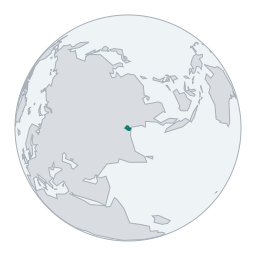 Dhaka highlighted on a globe, orthographic projection, rotated 292°
{"feature_id": "BGD-1806", "entity_name": "Dhaka", "entity_type": "Division", "adm_level": 1, "iso_a3": "BGD", "parent_name": "Bangladesh", "parent_adm1": "", "projection": "orthographic", "projection_center": [90.348, 24.137], "detail": "fine", "context": "on_globe", "style": "filled", "palette": "teal", "viewbox_px": 256, "rotation_deg": 292, "n_neighbors": 0, "source": "natural_earth", "source_scale": "10m", "svg_char_len": 11287}
<svg xmlns="http://www.w3.org/2000/svg" viewBox="0 0 256 256"><g transform="rotate(292 128 128)"><circle cx="128" cy="128" r="113" fill="#eef3f6" stroke="#a8b0b8"/><path d="M169.7,23.4L174.2,26.1L179.0,28.7L175.3,27.1L186.7,33.5L191.4,37.5L184.0,32.0L181.7,30.8L183.8,32.9L181.8,32.2L181.7,32.9L179.2,32.0L175.1,29.2L173.4,28.7L175.0,30.2L173.5,30.5L171.4,28.3L168.5,28.7L161.1,24.8L157.6,20.8L151.4,19.1L142.3,16.4L141.0,16.4L136.8,15.8L133.7,15.7L132.9,15.5L131.2,15.6L132.6,15.8L132.3,15.9L130.6,16.0L129.2,15.7L129.9,15.6L128.6,15.6L127.7,15.6L126.2,15.4L125.2,15.7L122.0,15.7L121.7,15.6L125.0,15.4L125.9,15.4L134.9,15.6L143.8,16.5L152.6,18.1L161.3,20.4L169.7,23.4ZM182.9,30.9L181.5,29.8L183.5,31.1L182.9,30.9ZM182.2,33.2L183.2,33.8L182.7,34.0L182.2,33.2ZM178.4,32.8L177.3,33.0L177.7,32.2L178.4,32.8ZM176.2,32.8L173.6,33.7L175.6,35.0L168.4,32.2L173.0,32.1L173.2,30.9L174.5,32.1L176.2,32.8ZM133.7,15.8L132.2,15.6L135.0,15.8L133.7,15.8ZM135.6,16.0L144.5,16.9L145.9,17.5L142.6,16.9L145.7,17.8L141.9,17.6L139.4,17.1L139.3,16.7L138.0,16.9L135.6,16.0ZM164.9,30.6L163.6,30.5L164.1,30.1L164.9,30.6ZM132.4,16.0L134.0,16.1L135.4,16.5L132.2,16.5L132.8,16.4L132.4,16.0ZM148.3,18.3L148.7,18.8L145.8,18.7L145.6,18.9L142.0,17.7L148.3,18.3ZM131.7,16.3L130.6,16.6L128.5,16.5L130.8,16.1L131.7,16.3ZM137.0,16.7L137.5,16.9L136.2,16.8L137.0,16.7ZM120.3,16.6L122.3,16.4L123.2,16.6L120.3,16.6ZM130.4,16.7L131.1,16.8L131.7,16.9L130.5,17.0L130.4,16.7ZM140.2,17.8L138.9,17.7L141.5,18.2L139.4,18.4L137.4,17.6L137.4,18.0L136.8,18.0L135.8,17.4L140.2,17.8ZM131.1,17.6L127.8,17.0L123.9,17.1L123.0,16.9L129.4,16.8L131.1,17.6ZM133.9,17.5L132.0,17.5L131.9,17.1L133.2,16.9L133.9,17.5ZM138.8,18.8L142.5,18.8L142.8,19.0L138.8,18.8ZM130.0,17.7L130.8,17.9L129.7,17.8L130.0,17.7ZM136.1,18.5L137.4,18.4L137.7,18.6L136.1,18.5ZM131.4,18.4L130.3,18.1L131.2,17.9L131.4,18.4ZM133.6,18.5L133.7,18.8L132.1,18.0L134.1,18.4L133.6,18.5ZM136.2,18.7L136.8,18.8L135.6,18.7L136.2,18.7ZM128.8,19.4L126.6,18.5L128.5,18.0L130.4,18.9L128.8,19.4ZM30.7,71.3L37.1,63.8L36.0,67.1L39.6,71.5L39.5,73.2L35.8,77.5L35.9,89.0L39.8,86.2L43.1,94.2L47.4,96.9L54.7,88.3L47.7,83.6L49.7,78.2L57.9,77.9L64.6,82.6L65.6,80.6L64.1,74.2L68.4,72.1L63.9,71.8L63.7,74.3L60.9,74.3L60.9,72.1L62.4,71.3L61.2,69.4L54.3,74.0L53.3,77.0L48.5,74.9L46.3,79.9L44.0,81.0L46.7,73.1L48.6,70.9L51.3,61.5L48.9,63.5L46.2,72.6L45.8,71.3L42.6,74.6L44.7,71.0L48.4,61.0L45.8,59.4L37.7,65.0L37.3,63.9L39.1,60.4L46.8,52.2L47.0,55.6L49.8,53.2L53.9,48.2L53.6,49.8L55.3,48.3L55.8,49.6L60.6,47.9L61.7,49.0L67.5,45.2L68.8,45.5L65.0,47.5L62.9,49.8L66.2,53.3L67.9,53.0L71.5,50.4L71.9,51.9L74.9,48.9L78.7,50.0L76.6,46.4L80.6,43.8L85.1,43.0L86.0,41.6L78.8,43.0L76.3,44.2L74.7,46.2L67.5,49.6L65.5,49.1L71.7,43.5L69.5,42.5L75.2,39.0L91.2,36.7L95.9,37.6L95.3,44.6L91.9,45.6L90.5,43.5L88.2,47.9L90.1,46.3L90.5,47.7L94.5,46.0L94.9,46.9L98.0,43.8L99.0,44.8L97.0,46.7L103.8,45.5L106.9,47.2L108.2,46.5L108.7,45.3L112.4,48.6L113.2,47.9L112.3,46.6L113.3,44.5L116.5,42.3L117.6,43.5L116.6,44.5L116.1,48.7L113.2,51.3L114.0,51.7L116.8,49.7L117.4,44.5L119.0,42.9L119.2,45.2L119.3,44.2L120.4,43.8L122.6,44.6L122.6,42.1L133.8,37.1L139.1,38.6L138.0,41.0L147.0,39.9L152.3,42.4L151.5,41.0L155.2,40.0L153.6,39.2L153.5,38.5L162.4,36.4L165.3,37.1L168.2,35.4L167.8,34.8L165.8,34.0L168.4,32.2L175.6,35.0L176.2,36.1L180.3,37.4L181.1,40.1L183.7,43.1L182.1,45.8L184.3,48.2L185.6,48.5L189.6,52.2L193.0,59.7L184.2,52.5L177.9,42.6L180.0,46.3L177.7,45.3L177.3,46.5L178.9,49.4L180.2,49.9L173.6,54.5L173.8,63.0L178.2,62.1L181.6,64.5L185.7,75.0L180.3,90.5L184.9,95.1L185.7,98.3L182.8,100.6L181.6,95.9L178.0,94.5L177.8,91.6L172.8,94.3L172.2,90.4L168.6,94.6L170.8,97.6L175.4,96.5L172.5,102.3L178.2,107.4L179.6,114.0L172.8,126.5L164.6,130.7L164.3,132.8L160.6,130.6L156.4,135.0L163.6,146.5L163.6,149.9L156.5,156.7L156.2,154.2L146.6,148.3L145.2,156.4L152.5,162.8L155.0,170.4L149.5,168.2L146.9,161.5L143.5,159.3L144.2,152.3L140.8,141.8L135.3,143.8L135.4,139.5L129.9,130.7L121.8,133.1L109.1,143.5L107.8,154.1L103.3,158.2L96.7,142.1L96.1,131.4L92.2,131.8L86.7,121.9L72.8,118.2L72.2,115.1L69.3,115.7L65.6,111.7L65.1,106.8L62.2,106.1L63.9,119.1L67.1,119.9L71.6,116.5L71.3,120.8L75.0,125.7L66.2,133.6L47.8,136.2L48.2,128.0L45.9,102.5L47.2,100.4L47.3,100.1L47.4,99.6L44.9,102.9L45.2,98.0L44.1,114.9L42.9,121.5L47.5,136.6L46.5,137.5L48.7,141.0L58.3,141.5L57.9,144.0L52.0,154.2L40.6,165.2L43.4,176.4L44.8,184.8L40.6,187.3L43.9,194.2L42.2,194.7L44.0,198.3L44.3,200.7L43.6,201.8L39.3,197.5L36.8,194.0L31.1,185.3L22.2,166.1L20.8,159.8L19.4,153.5L16.6,136.8L17.0,130.0L16.9,126.0L16.2,124.8L16.3,119.9L16.1,118.7L16.0,116.3L17.1,108.4L18.7,100.7L20.9,93.0L23.7,85.6L26.9,78.3L30.7,71.3ZM30.6,72.1L29.5,73.9L30.6,72.1ZM69.3,92.8L74.7,95.4L76.2,88.4L78.5,88.9L78.2,86.5L76.3,87.9L76.2,81.5L79.9,80.8L81.3,78.1L79.5,77.1L72.6,79.5L72.8,88.5L69.9,90.5L69.3,92.8ZM64.2,40.0L63.0,41.5L60.9,42.7L59.5,42.1L62.6,40.2L64.2,40.0ZM61.9,43.3L68.4,38.4L69.5,38.8L67.7,39.3L67.8,40.1L65.1,41.2L59.8,46.8L57.6,48.3L56.2,45.9L57.9,45.8L59.0,44.2L61.9,43.3ZM82.9,27.8L85.7,26.4L84.5,29.0L82.0,30.1L80.5,29.3L82.5,27.7L82.9,27.8ZM117.2,16.0L118.4,15.8L118.8,15.8L118.1,15.9L117.2,16.0ZM116.4,16.0L115.3,16.1L116.2,16.1L120.9,15.9L127.4,15.7L128.3,16.1L127.3,16.4L125.9,16.5L125.7,16.2L124.0,16.5L122.6,16.2L121.2,16.5L112.6,16.8L113.5,16.6L107.4,17.5L107.3,17.3L111.3,16.7L107.3,17.3L116.4,16.0ZM114.7,23.9L115.1,22.8L111.4,24.9L110.0,24.0L109.6,24.3L107.4,24.1L104.0,24.5L103.9,24.0L102.6,24.4L101.1,24.4L99.3,24.8L98.4,24.2L96.2,24.7L97.0,24.1L93.4,25.3L95.7,24.2L94.0,24.3L92.7,25.3L92.2,22.2L90.3,22.2L87.4,23.0L91.7,21.4L97.2,19.8L102.5,18.7L103.8,19.1L105.5,18.5L106.6,18.6L104.8,19.0L108.3,18.4L108.7,18.6L113.5,18.6L118.2,17.9L120.1,18.0L118.4,18.4L121.4,18.3L119.6,19.2L120.9,19.4L120.3,20.6L116.4,21.6L118.2,21.7L117.8,22.9L114.7,23.9ZM128.5,19.7L124.2,20.7L121.3,20.8L123.4,18.7L122.5,18.4L123.7,17.3L127.9,17.3L127.2,17.6L127.4,17.8L126.0,17.7L127.3,18.0L126.3,18.5L127.1,18.9L125.5,19.1L128.5,19.7ZM41.4,72.2L41.7,73.1L42.6,73.9L40.6,76.1L41.4,72.2ZM43.7,65.4L44.3,65.6L41.8,68.8L41.5,68.1L43.7,65.4ZM46.7,63.2L44.5,65.4L45.5,63.7L46.7,63.2ZM65.7,47.7L66.6,48.0L65.8,48.7L64.4,49.4L65.7,47.7ZM103.4,31.0L104.1,30.0L104.8,30.0L108.1,28.3L109.4,29.0L107.9,30.3L103.4,31.0ZM52.3,89.1L49.9,90.1L49.8,88.8L50.6,88.7L52.3,89.1ZM44.0,82.8L44.9,85.5L43.5,83.4L44.0,82.8ZM105.3,31.4L106.5,30.6L106.4,31.5L105.3,31.4ZM110.5,29.5L110.7,30.4L109.9,28.9L110.5,29.5ZM100.8,233.5L103.0,234.4L101.2,234.1L100.8,233.5ZM58.3,189.1L58.0,201.8L54.2,200.3L51.5,195.7L50.3,187.5L54.2,186.7L55.5,183.4L58.3,189.1ZM181.2,184.9L184.2,184.9L184.0,185.4L181.2,184.9ZM178.1,183.8L181.6,183.5L177.4,184.9L178.1,183.8ZM182.9,183.3L186.5,181.9L188.0,180.9L187.7,181.9L182.9,183.3ZM175.7,184.1L162.4,185.3L157.0,184.4L158.3,182.7L167.0,182.5L175.7,184.1ZM157.9,182.6L149.6,178.2L137.7,163.9L141.9,164.1L154.3,172.6L153.5,174.1L158.6,177.8L157.9,182.6ZM177.7,172.0L176.9,176.6L169.6,176.9L166.2,176.5L163.9,170.9L165.2,167.8L168.0,167.7L178.4,156.4L182.1,158.5L179.0,163.2L182.0,166.8L177.7,172.0ZM108.3,155.1L111.1,161.6L108.5,162.4L108.3,155.1ZM182.3,148.6L178.3,153.7L181.8,147.2L182.3,148.6ZM184.2,142.6L184.6,144.9L182.7,142.9L184.2,142.6ZM164.5,136.1L161.6,136.8L161.3,135.2L164.9,133.2L164.5,136.1ZM180.7,119.7L181.2,124.6L180.9,126.4L179.2,123.6L180.7,119.7ZM117.9,38.3L111.9,39.6L108.5,41.5L107.8,43.8L106.2,41.3L111.5,38.4L117.9,38.3ZM131.7,37.0L132.2,35.3L133.7,35.9L133.8,36.4L131.7,37.0ZM130.8,36.1L128.3,34.4L129.7,33.4L131.4,34.9L130.8,36.1ZM116.6,32.4L114.7,32.6L114.9,31.9L116.6,32.4ZM195.4,217.6L197.4,215.4L200.2,213.8L197.3,216.4L195.4,217.6ZM191.0,211.4L170.8,220.4L166.9,220.4L169.0,218.0L167.5,211.3L168.9,211.3L169.3,206.4L181.8,200.0L191.2,189.7L196.9,189.0L202.0,181.4L207.5,180.4L205.1,186.0L210.0,187.6L215.4,174.8L216.4,185.7L218.5,188.2L216.7,194.7L205.2,209.0L200.5,212.8L200.5,212.1L198.3,213.9L196.3,214.5L196.9,211.6L194.7,213.2L197.7,210.0L194.1,213.2L193.8,211.3L191.0,211.4ZM229.5,175.5L229.8,175.3L229.6,176.5L229.2,177.0L229.5,175.5ZM233.5,166.2L233.5,166.7L233.3,167.2L233.5,166.2ZM233.4,166.2L233.9,164.7L233.6,165.9L233.4,166.2ZM232.8,161.8L233.2,160.9L233.3,161.2L232.8,161.8ZM188.6,184.2L192.9,180.1L195.0,179.4L188.6,184.2ZM232.6,160.8L231.9,161.3L232.0,160.5L232.6,160.8ZM232.9,159.2L232.9,158.3L233.1,160.1L232.9,159.2ZM231.6,158.2L232.4,159.2L231.5,158.5L231.6,158.2ZM231.0,158.9L230.3,158.6L230.4,158.3L231.0,158.9ZM221.4,165.2L224.2,169.3L221.6,170.4L218.8,168.2L215.9,172.5L209.8,174.0L211.4,171.5L210.8,168.6L204.1,169.2L202.8,167.4L205.3,165.4L200.7,164.9L205.7,162.7L207.7,166.5L210.5,162.4L215.0,161.8L219.2,161.8L222.3,163.6L221.4,165.2ZM205.5,172.1L206.3,171.9L205.5,173.3L205.5,172.1ZM229.0,157.2L230.0,158.6L229.8,159.1L229.3,159.2L229.0,157.2ZM223.0,162.6L226.4,157.6L227.2,157.3L224.9,162.3L223.0,162.6ZM225.7,155.7L227.2,155.5L227.9,157.1L227.5,157.8L225.7,155.7ZM195.1,170.5L194.9,171.7L193.5,171.1L195.1,170.5ZM196.9,169.5L201.0,169.9L196.5,170.5L196.9,169.5ZM184.0,167.5L185.3,170.2L189.3,167.7L186.3,170.8L188.9,175.0L187.9,176.8L185.3,172.3L184.2,177.6L182.4,177.7L181.5,173.5L183.4,167.8L185.2,165.3L192.4,163.2L184.0,167.5ZM197.0,166.0L195.9,162.9L196.7,160.6L197.9,162.1L197.0,166.0ZM192.4,155.5L189.2,152.1L186.5,154.1L191.8,147.7L194.0,152.0L192.4,155.5ZM189.4,147.4L186.9,149.1L189.3,145.5L189.4,147.4ZM186.1,147.9L185.6,145.2L187.7,145.3L186.1,147.9ZM190.7,147.3L190.9,142.6L192.1,145.1L190.7,147.3ZM184.3,139.2L189.1,143.1L183.1,142.0L182.0,133.1L184.5,132.5L184.3,139.2ZM192.2,101.0L191.1,98.5L193.1,97.6L193.3,99.5L192.2,101.0ZM198.5,93.1L193.3,96.6L188.9,99.7L190.7,100.6L190.5,105.1L187.3,101.5L189.7,96.2L193.2,94.6L192.9,91.0L194.9,88.1L193.1,83.9L193.7,81.8L196.4,85.3L198.5,93.1ZM192.2,82.1L189.8,74.6L193.9,75.0L195.4,76.7L194.7,79.9L192.6,79.5L192.2,82.1ZM190.5,73.0L188.4,72.7L180.6,62.8L179.9,60.9L188.0,68.1L186.5,68.2L187.7,70.7L190.5,73.0ZM164.5,31.2L163.7,30.6L165.0,31.0L164.5,31.2ZM152.5,38.1L152.6,37.2L154.1,37.5L152.5,38.1ZM153.6,35.1L151.8,35.3L153.2,34.5L153.6,35.1ZM148.1,35.9L150.9,35.1L148.8,36.6L148.1,35.9Z" fill="#d9dde1" stroke="#a8b0b8" stroke-width="1"/><path d="M127.0,125.5L127.6,125.9L127.9,125.9L128.0,126.0L128.3,126.0L128.5,126.0L128.8,126.0L129.0,126.0L129.0,126.3L129.1,126.5L129.4,126.5L129.4,126.8L129.5,126.9L129.6,127.0L129.5,127.3L129.6,127.5L129.4,127.8L129.2,127.9L129.2,128.0L129.1,128.3L129.0,128.5L128.9,128.5L128.7,128.6L128.7,128.8L128.7,129.0L128.8,129.0L128.7,129.0L128.5,129.3L128.4,129.2L128.5,129.1L128.4,129.0L128.2,129.1L128.3,129.1L128.4,129.3L128.4,129.5L128.0,129.4L127.9,129.4L128.1,129.5L128.3,129.6L128.5,129.7L128.5,129.8L128.4,129.8L128.5,129.8L128.5,130.0L128.4,130.1L128.2,130.1L127.9,130.1L128.0,130.2L127.9,130.2L127.9,130.3L127.8,130.2L127.7,130.1L127.5,130.3L127.4,130.4L127.4,130.5L127.2,130.5L127.2,130.4L127.0,130.2L126.9,130.2L126.9,129.9L126.7,129.8L126.7,129.7L126.8,129.7L126.7,129.7L126.7,129.3L126.6,129.2L126.5,129.3L126.5,129.2L126.4,129.1L126.3,128.9L126.2,128.9L126.2,128.6L126.2,128.4L126.3,128.5L126.5,128.6L126.8,128.6L126.8,128.4L127.0,128.2L127.1,127.9L127.0,127.7L126.9,127.7L126.9,127.4L127.0,127.3L127.0,127.2L127.0,126.9L126.9,126.7L126.8,126.4L126.8,126.2L126.9,125.9L126.9,125.7L127.0,125.6L127.0,125.5ZM128.3,129.6L128.2,129.6L128.3,129.5L128.3,129.6Z" fill="#14b8a6" stroke="#0f766e" stroke-width="1.5"/></g></svg>